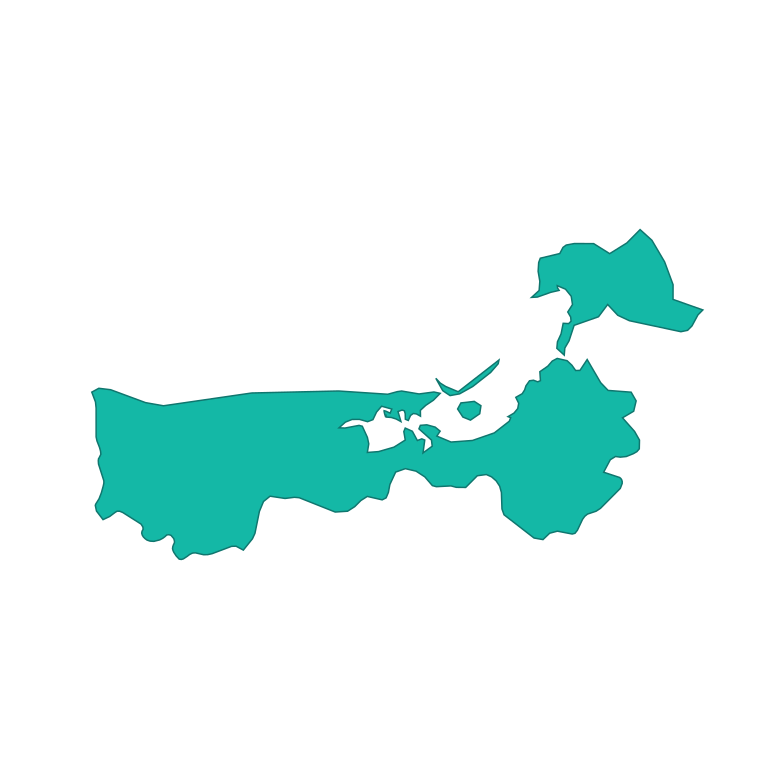 Venezia, Natural Earth projection, rotated 202°
{"feature_id": "ITA-5461", "entity_name": "Venezia", "entity_type": "Province", "adm_level": 1, "iso_a3": "ITA", "parent_name": "Italy", "parent_adm1": "", "projection": "natural_earth1", "projection_center": [12.445, 45.457], "detail": "fine", "context": "isolated", "style": "filled", "palette": "teal", "viewbox_px": 768, "rotation_deg": 202, "n_neighbors": 0, "source": "natural_earth", "source_scale": "10m", "svg_char_len": 3762}
<svg xmlns="http://www.w3.org/2000/svg" viewBox="0 0 768 768"><g transform="rotate(202 384 384)"><path d="M651.9,267.0L646.8,273.2L635.3,276.3L598.1,277.4L580.3,281.2L503.3,326.1L423.5,360.5L376.7,375.9L368.8,381.9L365.0,384.1L347.8,387.9L334.7,395.3L328.4,396.4L332.1,387.5L337.3,379.8L340.4,373.2L338.1,367.8L342.7,368.4L345.8,367.6L347.6,364.8L347.8,359.3L351.0,359.3L353.2,364.4L355.1,366.8L357.5,366.6L360.7,363.7L354.2,355.5L359.6,356.1L364.7,355.7L369.5,354.2L370.4,355.5L370.7,354.7L372.2,356.5L373.7,358.7L373.9,359.3L372.2,359.5L367.4,359.3L367.4,363.7L377.9,362.5L380.4,355.2L380.9,346.8L385.1,342.9L393.5,342.0L400.3,339.2L405.5,334.2L409.3,326.5L403.6,328.6L391.6,336.3L388.3,336.7L379.4,328.3L375.7,322.8L373.8,314.3L363.7,319.3L351.1,329.2L343.3,340.0L347.8,347.3L347.8,351.1L340.0,350.8L331.9,344.1L328.4,347.3L325.2,347.3L322.0,334.7L316.0,344.4L319.0,349.8L334.8,355.5L334.8,359.3L329.0,362.2L320.4,363.2L314.3,361.3L315.5,355.5L300.1,355.3L280.8,364.8L263.4,380.0L253.9,396.4L253.9,400.2L256.8,400.2L252.6,405.7L250.8,411.3L251.9,416.6L256.8,421.0L252.2,426.8L251.4,431.2L251.7,435.5L250.3,441.5L246.8,443.5L242.3,443.6L240.2,445.7L244.1,453.8L238.8,461.9L236.6,468.3L233.0,472.6L223.0,474.2L216.8,471.8L211.4,468.3L207.4,470.0L204.8,482.8L183.6,466.4L173.8,462.0L151.8,469.0L143.9,462.8L142.3,452.3L150.2,442.0L133.9,433.9L126.1,427.7L123.0,419.5L124.2,416.0L126.7,412.8L132.2,407.5L137.5,404.7L142.2,403.5L145.8,398.6L147.3,384.5L130.5,385.6L129.0,385.1L127.7,384.2L126.6,382.8L125.9,381.0L125.8,375.7L136.7,349.8L139.7,345.5L146.6,339.6L148.3,336.5L149.2,332.9L149.9,320.8L151.0,317.1L153.3,315.4L168.1,312.5L174.5,307.7L178.3,299.3L187.2,297.4L223.7,307.7L227.8,312.3L234.5,327.4L238.5,332.6L243.7,336.2L249.5,338.2L255.2,338.4L263.1,333.9L269.5,318.7L278.2,315.3L283.7,314.6L297.0,308.4L301.1,307.9L311.4,313.2L321.6,315.2L332.5,313.5L340.2,306.7L340.9,293.0L339.3,285.1L339.4,279.2L342.3,275.9L357.4,273.5L361.8,267.3L365.2,259.3L370.1,252.4L381.3,247.0L420.0,246.8L424.6,245.4L432.9,240.8L447.6,237.3L451.7,229.9L451.8,219.2L447.7,197.2L448.0,191.2L452.2,177.3L460.4,178.2L464.5,176.4L479.8,162.3L483.6,159.7L487.4,158.1L495.6,156.8L498.2,155.5L500.3,153.2L501.9,150.5L504.5,146.7L506.2,145.4L508.3,144.9L512.2,146.7L515.7,149.1L517.2,150.5L518.4,152.1L518.9,154.1L519.0,156.3L518.8,158.1L519.4,159.8L521.0,161.9L524.8,163.9L527.0,163.7L528.9,162.6L529.8,160.6L531.3,158.1L533.6,155.4L538.4,151.9L542.0,150.7L545.2,150.5L547.6,151.1L549.9,152.1L551.6,153.4L552.8,155.0L553.2,156.9L552.9,159.0L554.0,161.1L556.8,163.1L578.1,167.0L581.4,167.0L583.8,166.1L585.1,164.4L588.7,158.4L593.7,153.0L603.0,158.5L606.2,163.3L606.3,164.6L605.2,170.9L605.3,177.2L606.1,184.2L606.6,187.1L607.5,189.3L618.7,202.8L620.2,205.9L620.7,207.8L620.5,208.7L620.2,212.8L621.7,215.6L624.0,218.6L628.8,223.7L631.1,227.1L641.9,253.8L644.8,259.3L651.9,267.0ZM228.6,493.3L229.8,485.1L227.7,478.3L237.1,481.8L239.0,488.1L238.6,496.8L240.6,507.4L235.4,509.2L234.1,512.3L236.0,516.0L240.6,519.6L239.0,528.3L243.3,535.5L251.2,539.9L260.2,540.1L258.9,537.8L258.4,537.6L256.7,536.4L263.7,531.5L274.3,522.1L279.6,519.6L275.2,528.8L278.0,537.6L283.3,546.2L286.1,554.6L286.2,559.2L269.9,570.8L269.2,577.7L267.1,581.1L260.2,585.5L242.2,592.7L223.6,589.4L211.7,605.7L204.4,623.1L189.4,617.6L169.6,602.4L153.2,584.4L147.7,570.7L116.1,572.1L118.8,565.7L120.2,553.2L122.6,547.5L128.3,543.7L180.2,534.6L193.0,535.3L206.4,541.5L210.3,526.7L229.7,509.6L228.6,493.3ZM300.8,414.9L310.2,403.2L318.4,398.0L327.0,399.8L338.1,408.7L332.1,405.9L325.8,404.8L312.3,404.6L286.4,449.3L285.7,445.6L289.4,434.8L300.8,414.9ZM290.3,382.9L298.5,382.9L306.4,388.4L305.6,395.3L300.9,397.8L293.8,401.7L286.0,400.2L284.1,392.3L290.3,382.9Z" fill="#14b8a6" stroke="#0f766e" stroke-width="1.5"/></g></svg>